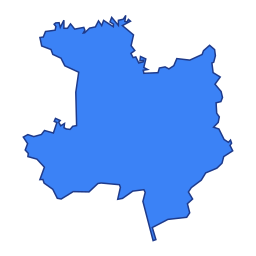 the district of Gaoual, Gaoual, Guinea
{"feature_id": "49546643B28661548838550", "entity_name": "Gaoual", "entity_type": "district", "adm_level": 2, "iso_a3": "GIN", "parent_name": "Guinea", "parent_adm1": "Gaoual", "projection": "natural_earth1", "projection_center": [-13.638, 11.692], "detail": "medium", "context": "isolated", "style": "filled", "palette": "blue", "viewbox_px": 256, "rotation_deg": 0, "n_neighbors": 0, "source": "geoboundaries", "source_scale": "gbopen_adm2", "svg_char_len": 1780}
<svg xmlns="http://www.w3.org/2000/svg" viewBox="0 0 256 256"><path d="M57.3,198.3L61.2,199.0L73.2,191.6L89.0,191.9L97.9,183.5L101.1,183.0L119.4,184.7L120.4,187.3L117.7,199.3L122.5,198.4L132.8,191.1L143.9,189.7L145.2,192.4L142.9,201.4L153.1,240.6L155.9,239.6L152.3,227.5L167.9,219.4L186.7,217.3L189.7,212.8L187.4,203.7L192.6,199.0L188.4,192.0L191.3,187.6L201.3,180.1L205.7,172.9L217.0,168.1L222.0,163.2L223.7,156.6L232.7,150.8L230.0,145.4L231.6,143.2L230.5,140.1L228.4,142.3L224.1,139.5L218.9,129.0L213.6,127.2L218.2,122.4L219.3,116.9L216.7,113.2L216.1,102.8L220.9,101.6L222.5,97.5L221.1,91.5L215.0,84.2L220.2,77.0L213.1,72.6L211.9,63.0L213.7,62.2L215.4,55.7L214.6,49.6L209.6,45.3L203.5,50.7L202.1,54.5L189.8,60.1L176.8,58.6L173.8,65.7L168.9,68.9L165.1,66.9L159.4,68.0L158.0,72.7L143.9,73.3L143.2,70.3L147.6,69.5L143.8,67.5L145.8,58.9L140.5,56.5L139.9,60.8L143.4,60.3L143.2,61.9L138.8,63.0L135.8,56.9L133.1,57.6L130.9,53.4L134.8,50.5L131.1,45.7L133.5,34.9L122.4,25.6L130.5,21.2L128.4,19.4L126.8,22.0L124.8,21.4L125.8,15.4L123.3,19.2L118.4,20.3L118.4,25.4L111.7,17.4L110.0,21.9L113.5,24.1L113.3,26.7L103.6,20.4L101.7,25.6L98.5,20.9L95.4,26.9L89.6,28.1L84.7,32.8L83.3,33.0L84.9,30.2L83.8,27.4L74.7,29.1L70.5,23.9L67.5,28.3L63.9,28.3L63.9,20.2L60.3,27.3L59.1,22.7L55.7,22.9L54.1,24.2L55.9,26.5L55.1,30.2L45.5,31.5L43.3,37.0L39.9,37.5L41.7,46.0L51.0,49.5L52.8,54.4L61.0,58.2L64.8,65.8L78.7,72.2L75.8,92.2L76.6,125.6L72.7,126.3L70.1,129.4L66.4,129.0L64.0,127.7L64.5,123.5L60.7,125.8L58.7,122.2L60.2,120.5L55.5,118.4L54.2,121.4L56.9,122.5L53.4,133.0L44.5,130.5L41.4,134.5L33.8,136.6L27.8,134.6L23.3,137.1L27.6,143.6L25.2,150.0L28.3,153.4L27.9,156.6L36.9,159.1L44.4,167.2L39.9,179.6L42.9,179.5L44.1,183.1L52.8,189.3L57.3,198.3Z" fill="#3b82f6" stroke="#1e3a8a" stroke-width="1.5"/></svg>